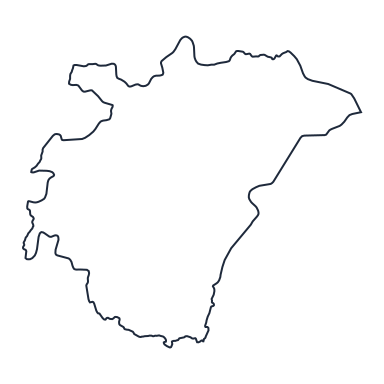 an SVG outline of Ashanti
{"feature_id": "GHA-2158", "entity_name": "Ashanti", "entity_type": "Region", "adm_level": 1, "iso_a3": "GHA", "parent_name": "Ghana", "parent_adm1": "", "projection": "natural_earth1", "projection_center": [-1.65, 6.739], "detail": "fine", "context": "isolated", "style": "outline", "palette": "slate", "viewbox_px": 384, "rotation_deg": 0, "n_neighbors": 0, "source": "natural_earth", "source_scale": "10m", "svg_char_len": 5776}
<svg xmlns="http://www.w3.org/2000/svg" viewBox="0 0 384 384"><path d="M361.0,112.2L352.3,114.0L349.5,115.1L347.3,117.4L344.3,121.7L341.5,124.6L339.7,125.9L332.2,128.8L330.5,129.6L329.3,130.4L326.2,134.6L324.7,135.1L304.5,135.6L302.2,136.1L300.5,137.8L273.3,181.8L272.1,183.0L271.1,183.7L270.3,184.0L259.4,185.8L256.1,187.2L252.4,189.2L250.9,190.5L249.9,191.6L249.3,193.3L248.9,195.2L248.8,197.3L249.3,199.1L251.0,201.9L252.1,203.1L255.6,206.3L256.6,207.5L258.1,210.6L258.5,212.4L258.5,213.9L258.0,215.1L257.0,216.5L252.7,221.4L250.8,224.7L231.2,248.2L224.7,260.0L222.4,267.0L220.6,274.7L220.3,277.1L219.1,280.4L217.8,282.3L216.6,283.3L213.2,285.5L212.9,286.3L214.0,288.2L214.3,289.1L214.4,291.1L213.7,294.7L211.6,299.0L212.0,300.5L211.9,302.2L212.2,302.7L212.9,303.0L213.5,303.5L213.9,304.2L213.9,305.3L213.3,305.9L211.4,306.5L210.9,307.2L209.4,313.1L207.7,316.7L206.6,320.3L206.2,322.6L205.1,325.8L205.2,326.5L205.5,327.0L207.4,327.0L207.9,327.4L208.4,328.0L208.5,330.4L205.7,336.6L205.5,337.5L205.0,338.2L204.0,339.0L203.4,341.3L203.0,341.3L202.1,340.4L201.3,340.6L200.0,341.6L198.5,342.3L197.1,342.2L195.8,338.6L195.2,338.2L193.3,338.6L192.5,338.5L191.7,338.2L190.6,337.3L187.2,336.2L186.0,336.2L185.1,336.5L184.6,337.1L183.9,337.4L179.4,338.3L178.0,340.1L176.6,340.4L175.3,340.9L173.6,340.9L172.2,341.3L171.9,341.8L172.3,344.1L171.4,346.4L171.0,347.1L170.4,347.4L169.6,347.4L166.9,346.1L164.5,344.4L163.9,343.3L163.8,342.4L164.4,342.0L165.8,341.7L166.0,341.1L166.0,340.3L165.7,339.4L165.1,338.4L163.9,337.1L163.0,336.5L160.5,335.9L159.1,335.4L156.7,335.8L155.1,335.7L153.7,336.2L152.8,336.2L151.6,335.7L149.7,335.6L148.1,336.0L144.7,336.2L143.0,336.6L141.9,336.6L141.2,336.9L140.2,337.0L138.8,336.6L134.2,334.0L133.5,332.6L132.8,331.7L128.6,329.8L127.0,329.7L124.9,329.2L124.3,328.7L123.9,327.6L123.4,327.0L120.1,325.1L119.4,324.4L119.1,323.1L119.1,321.6L119.6,319.8L119.6,319.0L119.3,318.2L117.2,317.1L115.6,316.9L114.9,317.0L114.4,317.4L113.4,318.4L112.2,319.1L109.9,318.9L108.0,317.8L107.0,317.9L106.4,318.3L105.5,319.6L104.8,319.6L103.9,319.3L102.5,317.9L99.5,313.6L98.9,313.4L98.2,313.4L97.3,312.5L96.3,310.6L94.2,303.7L93.4,302.2L92.5,301.8L90.0,302.4L89.2,301.3L88.5,299.2L86.3,285.6L86.6,284.5L87.6,283.0L87.9,282.2L88.0,281.2L87.8,278.6L87.9,277.5L88.8,274.9L89.1,273.1L88.7,271.1L86.9,269.8L79.9,269.5L76.4,269.6L75.2,269.4L74.2,269.0L73.3,267.7L72.5,265.7L71.5,262.0L70.3,259.9L69.2,258.8L68.5,258.4L57.3,255.4L56.0,254.6L55.6,253.8L55.4,252.9L55.6,249.7L58.5,239.8L58.4,237.9L58.1,236.6L57.7,236.0L56.9,235.5L55.7,235.3L54.5,235.5L51.3,236.8L50.1,236.8L49.2,236.5L44.5,233.2L43.1,232.4L41.4,232.1L40.6,232.6L39.8,233.4L38.6,236.9L37.0,249.1L36.0,252.9L34.8,255.5L32.3,258.1L30.1,259.2L28.1,259.3L26.7,259.1L25.5,258.0L26.3,251.3L26.0,250.4L25.5,249.8L24.0,249.2L23.4,248.7L23.0,248.0L23.1,247.1L23.4,246.4L24.2,245.2L24.2,244.4L23.7,243.1L23.7,242.4L24.9,240.3L25.7,237.6L27.1,236.0L28.3,233.3L29.7,231.8L30.7,230.3L32.3,228.5L32.9,226.8L33.4,226.0L33.1,224.4L32.4,222.9L32.2,222.1L32.4,221.2L33.6,219.1L33.7,218.3L33.0,217.0L31.0,215.6L30.5,215.0L30.2,214.1L30.0,211.0L29.7,210.2L29.1,209.7L27.7,209.0L27.3,208.4L27.2,206.4L28.0,201.7L28.4,201.2L29.6,201.3L33.4,202.3L35.4,202.5L36.8,202.3L38.5,201.8L41.6,200.4L44.1,198.8L45.0,197.5L46.4,193.8L47.7,182.6L48.2,180.8L48.5,180.0L49.5,178.6L51.1,177.4L53.3,176.2L53.9,175.6L54.1,174.8L53.4,173.3L52.3,172.2L49.7,171.2L46.8,170.8L39.1,170.6L33.7,172.4L32.0,172.4L31.2,172.0L31.7,169.7L32.1,169.0L34.8,167.4L36.6,165.8L38.0,163.7L39.6,162.0L40.3,160.4L41.1,159.1L41.3,158.3L41.2,155.5L42.6,151.6L42.6,149.6L43.2,148.0L52.8,135.9L54.6,134.4L55.6,134.1L56.8,134.0L59.0,134.4L60.0,135.0L60.7,135.8L61.7,139.3L62.2,140.0L63.7,140.2L82.1,139.0L85.1,137.8L89.2,135.1L93.3,131.6L95.4,129.0L98.9,123.5L100.6,121.6L101.6,121.1L103.1,120.6L106.3,120.2L109.1,119.4L109.7,118.9L110.2,118.1L111.2,114.6L111.4,113.7L111.0,110.9L111.4,109.1L112.6,106.8L112.7,105.3L112.3,105.0L104.8,102.8L103.3,102.2L102.1,101.2L98.1,96.2L92.3,90.7L91.8,90.3L90.5,90.3L84.9,91.7L84.0,91.7L83.2,91.4L82.0,90.5L78.6,85.9L78.0,85.4L76.4,84.9L72.7,85.1L70.9,84.8L69.1,83.8L69.0,83.3L69.2,81.4L70.1,78.9L70.1,75.8L70.4,74.0L71.7,71.9L72.2,70.1L72.9,68.4L73.5,65.5L74.6,65.0L76.6,65.0L83.8,66.3L86.0,66.0L86.9,65.5L88.2,64.3L89.2,64.1L92.9,64.1L95.3,63.8L96.2,64.0L97.9,65.2L98.9,65.5L100.4,65.7L106.0,65.5L111.7,63.7L113.8,63.8L115.0,64.6L115.6,65.6L115.9,66.7L116.3,74.4L116.6,76.3L117.3,77.9L118.7,78.7L121.1,79.6L124.5,81.7L126.3,83.4L128.2,85.9L129.0,86.4L129.9,86.6L131.4,86.3L135.5,84.6L137.3,84.3L138.3,84.4L140.6,85.7L141.8,86.0L143.3,86.2L145.7,85.8L147.8,84.6L148.9,83.4L151.2,78.9L152.8,77.1L154.1,76.2L156.0,75.7L159.5,75.6L161.0,75.3L162.6,74.7L163.1,73.7L163.3,72.6L162.3,67.7L161.0,63.4L161.0,62.5L161.4,61.4L161.8,60.9L166.3,57.1L172.4,52.9L173.5,51.8L175.4,49.1L180.3,40.0L181.9,38.2L183.2,37.3L184.8,36.7L185.6,36.6L186.7,36.8L188.0,37.3L190.2,38.8L192.0,40.8L192.7,42.4L193.8,45.8L194.0,47.7L194.4,56.2L194.7,57.9L195.6,60.3L196.5,61.8L198.1,63.6L201.0,64.6L204.6,65.1L207.8,65.3L211.2,64.7L214.1,64.7L217.3,63.5L220.7,62.8L226.1,62.0L228.9,61.2L229.5,60.6L229.9,59.9L230.5,58.1L231.3,56.7L232.4,55.5L234.3,54.0L236.1,51.3L237.0,51.0L238.4,51.0L242.7,51.7L243.4,52.0L244.8,53.6L245.5,54.1L246.7,54.1L249.3,53.6L250.1,53.9L251.3,55.6L251.9,56.3L252.7,56.7L256.1,56.4L257.9,56.5L258.6,56.4L259.7,55.4L260.4,55.0L263.8,54.7L264.7,54.9L267.7,56.7L270.9,57.4L271.7,57.8L272.3,59.1L273.0,59.3L273.9,59.0L274.5,58.4L276.1,55.6L276.7,55.4L277.6,56.3L278.7,56.5L279.6,56.4L281.8,54.1L283.2,53.2L286.3,52.0L287.5,51.1L288.8,51.3L290.5,52.5L294.2,56.1L296.8,59.2L300.3,65.7L303.0,73.3L304.6,76.3L305.5,77.5L307.8,79.1L312.4,80.8L328.2,84.0L350.4,93.5L351.3,94.1L354.2,98.4L361.0,112.2Z" fill="none" stroke="#1e293b" stroke-width="2"/></svg>